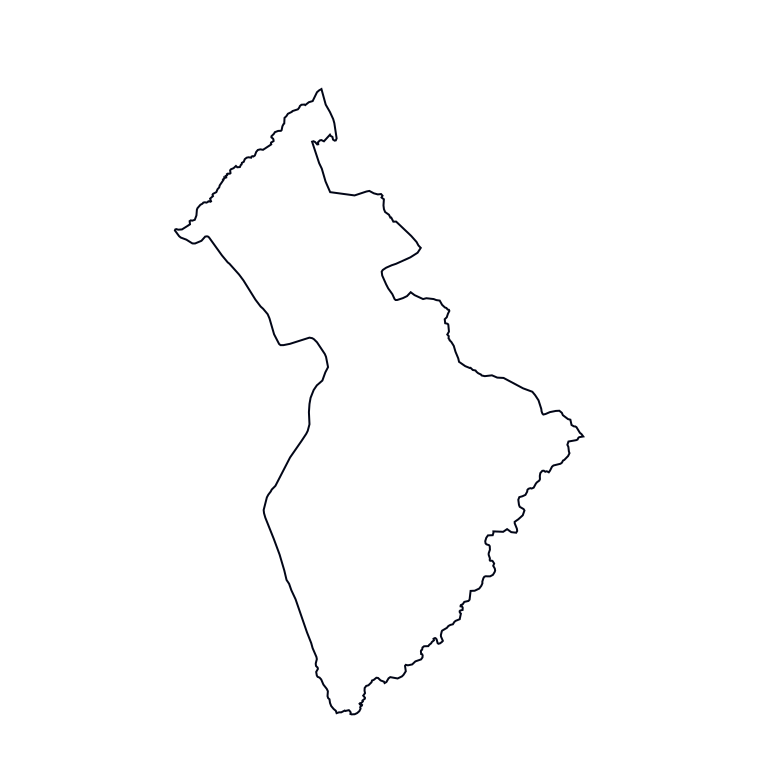 Ruangwa, Lindi, United Republic of Tanzania, rotated 159°
{"feature_id": "72390352B35310074637090", "entity_name": "Ruangwa", "entity_type": "district", "adm_level": 2, "iso_a3": "TZA", "parent_name": "United Republic of Tanzania", "parent_adm1": "Lindi", "projection": "albers", "projection_center": [38.983, -10.09], "detail": "fine", "context": "isolated", "style": "outline", "palette": "ink", "viewbox_px": 768, "rotation_deg": 159, "n_neighbors": 0, "source": "geoboundaries", "source_scale": "gbopen_adm2", "svg_char_len": 6137}
<svg xmlns="http://www.w3.org/2000/svg" viewBox="0 0 768 768"><g transform="rotate(159 384 384)"><path d="M216.8,263.6L217.6,266.5L218.6,268.2L219.8,274.7L220.6,275.8L221.8,276.3L223.6,278.5L222.8,283.9L224.8,285.3L228.2,290.8L228.3,293.4L229.9,296.2L233.3,297.3L239.2,298.3L243.9,298.1L246.2,298.4L246.7,299.6L246.7,301.9L246.1,304.4L245.6,313.4L246.9,319.4L248.3,323.6L255.7,330.1L270.2,346.8L276.0,349.4L280.1,353.4L287.1,355.2L289.8,357.0L290.1,358.1L292.2,360.3L293.3,362.3L293.7,363.8L296.1,365.3L297.4,368.1L298.2,368.2L301.8,371.6L306.0,377.8L305.5,381.3L305.7,388.5L305.2,394.6L306.1,399.2L307.1,401.3L306.9,402.0L307.4,403.4L306.4,405.5L307.2,407.5L304.6,409.6L302.9,415.6L302.7,416.7L303.4,417.7L305.1,418.8L304.1,422.7L301.5,423.8L299.1,426.7L296.8,428.8L296.8,430.0L297.9,430.7L298.5,432.6L299.7,433.6L301.4,437.1L302.1,441.9L305.1,443.6L307.2,445.5L313.7,448.9L317.1,449.3L323.6,456.0L326.2,460.1L331.0,457.8L335.6,457.4L341.5,457.7L343.1,458.3L343.7,459.5L344.0,464.8L345.8,471.7L346.3,476.3L346.8,485.9L345.9,489.7L344.3,490.9L340.3,491.8L334.3,492.1L329.7,491.9L314.0,492.8L305.6,494.5L300.9,497.9L302.2,501.0L302.7,504.9L305.5,512.4L314.5,531.3L317.1,532.2L317.6,536.8L318.4,537.0L318.7,540.2L321.3,544.1L321.4,547.2L320.5,550.9L317.9,556.5L319.5,559.0L317.9,560.3L318.7,562.4L321.8,563.2L325.2,565.7L328.5,569.5L331.4,570.0L343.9,570.6L365.5,582.4L366.0,594.0L364.9,607.3L365.4,613.4L364.3,636.0L362.8,635.9L361.6,634.6L360.5,631.6L359.5,631.4L359.0,633.3L356.6,634.4L355.1,634.2L353.1,632.1L345.1,636.1L344.9,634.7L343.6,633.2L344.0,630.5L342.9,628.9L341.7,628.7L340.2,630.3L336.9,645.3L336.5,649.5L337.0,657.3L338.3,665.7L336.7,681.8L339.3,681.4L342.0,680.4L349.2,673.7L353.2,674.0L357.6,672.6L358.1,673.4L361.0,674.3L363.0,673.6L363.8,672.6L365.9,671.3L371.7,671.6L372.5,671.1L376.9,670.7L379.2,669.0L381.5,668.1L383.8,662.9L384.6,662.7L386.5,661.0L388.6,657.7L389.5,657.3L392.1,658.2L395.7,658.2L397.0,657.1L400.3,655.6L400.7,654.6L399.6,652.7L399.7,651.3L400.1,650.3L402.8,649.9L403.3,649.4L403.4,648.1L413.0,646.0L415.4,647.4L417.9,647.7L420.1,646.5L422.7,643.6L424.4,643.2L425.1,643.8L426.1,643.8L426.9,642.9L429.2,644.2L431.1,644.5L433.4,643.8L435.3,641.7L437.4,641.4L438.3,640.0L439.2,639.8L440.8,638.2L443.3,638.9L444.1,640.6L447.1,639.4L450.0,639.3L451.1,638.6L451.7,635.9L452.5,635.6L454.7,636.4L455.4,636.2L455.4,635.4L455.9,635.0L457.2,635.0L457.3,633.4L458.2,633.4L459.0,634.2L459.6,633.1L460.9,632.7L460.7,632.1L466.2,628.3L467.4,626.6L469.6,625.5L471.8,623.2L475.4,622.8L476.3,622.1L476.3,620.7L479.9,619.4L480.0,616.5L480.9,616.4L481.6,617.2L482.5,617.5L483.4,617.0L484.9,617.0L486.0,617.8L487.6,618.1L488.9,617.4L491.2,617.1L495.1,615.0L496.2,613.8L498.7,608.6L501.8,605.1L504.5,605.2L505.7,606.0L507.1,605.7L507.9,602.6L517.2,600.7L520.8,601.8L522.3,603.0L523.4,603.1L524.2,602.3L522.3,595.4L521.2,593.5L516.8,589.6L512.5,583.9L510.0,582.9L503.1,583.1L498.1,585.7L496.3,585.3L495.2,584.4L494.7,583.1L489.2,562.1L486.3,553.5L485.2,551.7L480.1,538.2L478.1,531.1L473.8,508.8L471.4,500.5L469.9,497.6L467.6,490.9L467.4,486.3L468.8,469.8L467.6,459.0L466.7,457.4L463.8,456.3L457.4,455.2L437.0,454.0L434.6,452.5L433.4,451.0L431.6,447.0L428.5,433.2L428.4,430.1L430.2,419.8L434.6,415.9L440.3,409.3L447.2,406.8L451.8,403.6L457.5,397.4L460.7,392.1L464.2,384.6L468.0,373.1L472.0,367.6L474.4,365.4L481.4,360.4L498.0,349.1L521.9,327.8L526.6,325.7L528.3,324.2L531.7,322.1L534.0,320.1L541.5,309.5L542.3,306.4L542.7,301.8L542.4,278.8L542.6,262.2L543.9,245.7L545.2,236.0L544.2,231.5L544.4,224.7L543.7,214.7L544.9,179.9L544.8,168.2L545.3,163.0L544.9,153.4L545.3,151.2L547.8,147.7L548.3,146.2L548.5,145.0L547.6,143.1L547.8,141.7L550.5,139.5L551.2,135.9L550.9,134.4L549.4,133.0L548.5,130.7L548.3,125.1L546.7,119.9L546.5,117.3L548.6,112.8L548.7,110.8L547.9,109.2L548.7,105.6L548.7,102.3L547.5,98.7L546.1,96.2L546.2,93.7L543.6,93.6L541.5,92.8L537.7,93.2L537.3,92.6L533.7,92.1L532.9,90.2L532.9,89.0L533.6,88.0L532.7,87.2L529.7,86.2L527.0,86.4L524.3,87.4L522.2,89.3L522.1,90.7L521.3,91.5L519.9,91.7L519.5,92.2L520.0,93.0L521.3,93.6L521.4,94.3L520.7,94.6L519.7,94.3L517.5,95.2L517.5,96.2L514.6,97.1L514.2,98.0L515.1,100.5L512.5,102.2L512.1,104.6L511.0,107.1L508.8,108.5L506.5,108.3L502.6,110.0L501.4,111.5L499.8,111.4L496.4,112.5L494.9,111.7L493.4,108.5L490.7,106.1L490.6,104.6L488.6,104.9L485.2,107.6L483.2,108.1L476.8,104.2L472.0,104.6L470.0,105.5L466.6,108.0L465.4,113.3L464.3,114.0L462.5,112.8L458.2,112.1L454.1,113.8L448.1,113.6L446.1,114.9L445.2,116.7L445.2,118.0L446.1,118.6L445.3,121.3L444.8,122.0L443.6,122.3L442.5,124.2L440.6,124.8L436.6,123.4L435.2,124.3L432.9,125.0L431.9,125.9L429.2,126.8L429.1,128.4L427.9,128.6L427.0,128.3L426.4,126.8L426.8,122.8L426.3,122.0L424.7,121.8L422.5,122.4L421.1,123.1L421.3,127.8L420.9,129.2L418.7,132.4L418.1,132.9L412.7,133.8L410.6,135.0L408.3,135.3L405.8,135.0L403.7,136.6L402.1,137.2L397.6,137.3L394.5,142.1L395.1,143.5L394.8,144.8L394.0,145.2L391.6,144.9L390.7,146.9L390.8,148.2L392.2,149.0L392.0,149.5L391.4,150.1L389.4,150.2L387.1,151.8L382.9,151.2L381.4,152.0L377.3,159.8L373.4,158.5L368.4,158.9L365.5,160.7L363.6,162.6L363.0,164.3L360.8,167.1L359.4,168.1L358.1,168.1L353.9,166.4L350.7,166.8L348.1,168.8L347.1,170.0L346.7,172.0L347.2,175.1L345.5,176.9L346.0,179.6L346.6,180.4L348.2,180.9L348.4,181.8L347.6,183.3L347.5,187.0L346.9,188.5L344.5,191.3L343.4,194.7L343.7,195.9L345.8,197.6L346.3,198.8L345.8,201.0L343.6,203.8L341.2,205.4L336.7,203.9L335.2,205.8L334.7,207.2L325.7,203.3L321.1,204.4L318.3,200.1L313.9,197.8L312.3,199.1L311.8,201.3L311.9,207.1L311.4,208.5L307.0,209.6L301.5,211.7L298.2,215.6L298.5,217.2L301.3,220.7L301.3,222.8L300.1,227.8L298.2,229.9L295.1,229.6L291.7,229.8L288.9,232.2L288.1,233.7L286.7,234.4L284.7,234.3L283.6,233.5L281.4,233.6L277.9,236.6L276.5,237.4L273.6,238.2L272.5,239.3L271.5,242.3L270.0,244.8L267.3,246.2L265.9,245.8L264.9,244.3L263.7,244.3L262.9,243.8L261.8,242.5L260.1,243.6L256.8,246.6L255.0,247.2L247.8,246.3L246.1,246.8L244.3,248.4L242.9,248.5L237.9,250.8L235.6,253.0L235.6,254.6L234.4,259.3L234.6,261.5L232.4,264.2L224.7,262.7L223.2,262.8L221.8,264.1L220.8,264.4L216.8,263.6Z" fill="none" stroke="#020617" stroke-width="2"/></g></svg>